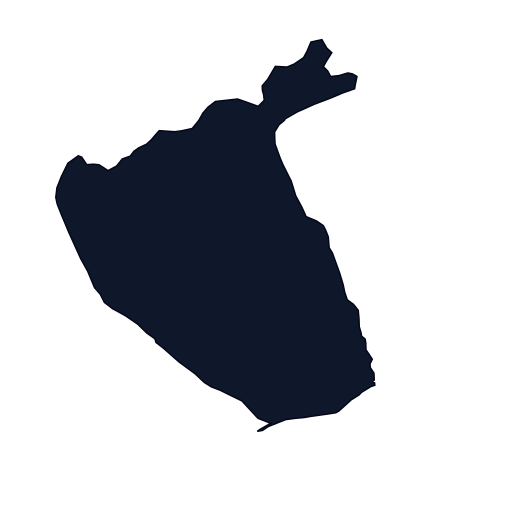 outline of Tuobo, River Gee, Liberia, rotated 247°
{"feature_id": "62588387B28588993408977", "entity_name": "Tuobo", "entity_type": "district", "adm_level": 2, "iso_a3": "LBR", "parent_name": "Liberia", "parent_adm1": "River Gee", "projection": "equal_earth", "projection_center": [-7.667, 5.015], "detail": "fine", "context": "isolated", "style": "filled", "palette": "ink", "viewbox_px": 512, "rotation_deg": 247, "n_neighbors": 0, "source": "geoboundaries", "source_scale": "gbopen_adm2", "svg_char_len": 2029}
<svg xmlns="http://www.w3.org/2000/svg" viewBox="0 0 512 512"><g transform="rotate(247 256 256)"><path d="M371.4,412.1L375.0,414.4L381.8,419.1L386.0,415.9L388.6,412.1L389.6,403.0L392.1,394.8L398.2,394.3L404.0,392.0L408.1,397.3L413.5,405.2L419.8,402.4L429.4,401.2L431.5,390.2L424.2,382.6L420.0,377.3L417.8,366.1L417.8,358.5L423.0,347.9L414.0,335.7L410.2,328.2L405.9,326.6L401.4,326.0L396.1,324.4L392.9,316.5L401.8,306.9L407.7,300.4L414.1,279.0L411.8,270.1L408.4,263.1L403.2,256.4L398.3,247.1L400.2,237.0L400.6,235.3L402.2,229.7L409.2,215.9L406.7,210.6L403.9,205.1L401.7,198.8L401.4,190.4L400.1,184.5L397.1,179.3L397.6,170.8L394.5,165.1L393.3,162.7L392.4,153.2L397.2,150.0L401.4,147.1L404.0,142.3L406.2,135.9L415.1,134.2L417.7,131.6L414.9,119.1L405.5,108.2L396.6,99.4L388.2,94.6L381.5,93.3L368.8,93.0L361.8,93.0L351.4,92.9L322.0,93.6L307.7,95.1L289.9,95.0L281.6,97.7L272.5,98.3L264.6,102.8L263.5,103.4L252.1,112.4L239.4,120.5L227.7,125.4L220.6,129.8L219.4,130.5L215.4,130.2L207.4,134.7L193.2,141.5L188.6,143.7L171.4,153.9L159.8,159.0L152.9,163.8L146.6,170.4L138.1,177.7L128.1,186.4L105.8,194.4L96.3,204.1L94.8,191.8L94.1,188.7L92.9,193.8L93.8,198.5L94.2,200.8L94.0,210.0L93.8,219.4L91.1,229.2L88.5,237.2L87.0,243.6L82.3,261.1L80.5,268.3L80.7,269.8L81.0,272.1L81.6,273.7L83.0,277.8L86.4,287.5L87.9,296.8L89.2,299.6L90.9,310.5L90.6,314.9L93.0,315.6L93.8,314.3L95.4,314.8L95.8,315.8L95.6,316.4L102.1,318.8L108.6,317.6L112.2,318.8L115.5,322.7L120.6,321.8L126.7,320.6L133.1,323.1L136.9,324.0L137.9,323.5L140.9,321.9L145.0,322.8L150.5,323.4L158.3,326.4L166.1,328.9L173.5,326.8L180.0,322.9L181.3,323.0L188.0,323.5L195.4,325.0L207.2,326.3L228.8,327.5L235.1,326.6L245.3,330.0L252.4,330.2L257.5,329.9L262.6,326.7L264.6,325.4L272.7,317.5L275.4,317.5L283.0,317.3L295.9,316.1L307.3,317.3L311.5,317.7L315.3,317.4L329.8,316.5L336.8,316.5L351.6,317.3L357.4,319.4L362.9,321.6L367.8,328.5L369.8,335.2L370.9,336.7L372.5,349.9L372.9,368.9L372.3,384.3L372.2,387.9L372.2,399.7L371.4,412.1Z" fill="#0f172a" stroke="#020617" stroke-width="1.5"/></g></svg>